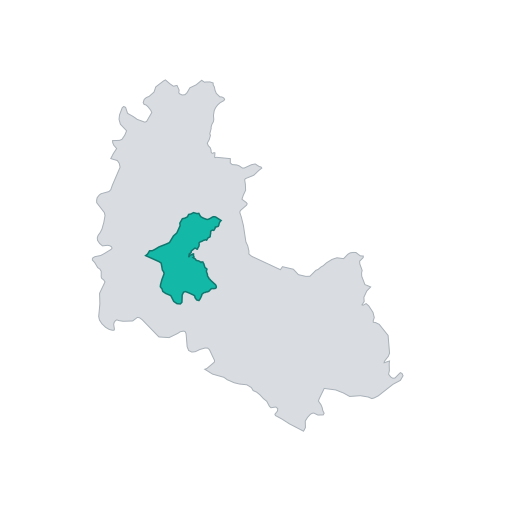 Guinea, with Kouroussa highlighted, rotated 205°
{"feature_id": "GIN-5647", "entity_name": "Kouroussa", "entity_type": "Prefecture", "adm_level": 1, "iso_a3": "GIN", "parent_name": "Guinea", "parent_adm1": "", "projection": "orthographic", "projection_center": [-10.311, 10.531], "detail": "fine", "context": "in_parent", "style": "filled", "palette": "teal", "viewbox_px": 512, "rotation_deg": 205, "n_neighbors": 0, "source": "natural_earth", "source_scale": "10m", "svg_char_len": 6993}
<svg xmlns="http://www.w3.org/2000/svg" viewBox="0 0 512 512"><g transform="rotate(205 256 256)"><path d="M309.4,330.6L305.5,330.0L303.8,330.8L298.7,336.8L295.6,339.1L290.8,338.4L289.1,338.8L287.9,338.1L289.6,334.8L292.1,328.3L298.3,321.7L298.5,320.3L295.9,316.4L293.2,311.2L293.2,305.5L292.7,301.5L287.2,300.3L286.1,299.6L286.0,298.2L289.1,291.2L289.4,289.8L289.0,288.5L285.6,284.9L280.3,278.3L271.2,264.6L267.8,261.7L264.5,257.5L263.3,254.8L259.9,253.9L228.1,253.9L227.5,257.5L216.5,259.8L209.7,257.0L202.2,258.6L198.6,260.4L195.7,268.3L194.1,270.0L192.4,273.6L191.0,275.5L189.3,279.5L185.7,285.0L181.9,288.6L175.5,290.6L173.5,296.4L172.0,298.6L169.5,300.3L166.9,301.4L161.6,300.2L158.7,301.3L158.2,299.8L159.9,295.1L158.6,292.7L153.7,287.8L153.2,285.4L151.7,282.4L145.2,276.1L139.0,276.4L140.8,271.2L140.8,264.2L138.7,260.4L139.3,256.5L138.1,256.7L136.1,259.4L132.8,258.5L126.1,254.3L122.8,250.2L122.4,246.8L121.7,245.5L119.6,246.2L115.4,246.1L102.7,239.8L93.9,224.4L93.7,221.0L95.1,215.0L94.8,213.4L90.6,217.3L89.8,214.7L86.7,208.5L85.9,204.9L82.8,203.3L80.4,203.0L78.5,204.1L75.9,211.3L74.0,211.2L72.1,209.6L72.6,204.3L77.6,197.7L86.1,180.9L89.1,177.1L90.9,175.7L94.8,175.6L102.4,173.5L111.7,168.3L118.8,168.8L127.2,168.3L138.2,164.8L138.4,153.4L138.1,150.9L134.2,148.6L132.0,146.6L130.1,144.1L127.8,142.3L127.9,140.4L132.7,138.0L137.2,138.1L138.6,137.2L139.8,135.6L141.1,131.5L141.6,127.2L138.7,121.4L138.9,117.3L154.9,118.0L163.7,119.2L170.9,119.6L172.0,120.6L171.0,124.5L171.8,126.9L174.3,127.5L178.3,124.8L180.4,125.5L184.9,128.9L189.0,129.9L193.6,131.8L197.9,132.9L201.7,132.8L204.6,134.8L209.9,135.4L216.8,133.0L222.2,131.9L229.8,131.7L233.8,132.5L245.4,130.6L254.6,131.7L253.1,133.1L248.9,142.2L249.4,143.8L258.7,151.5L260.9,152.1L263.4,151.0L267.4,147.5L270.6,143.6L273.6,141.8L277.1,141.9L280.0,144.6L286.5,156.0L288.2,157.5L289.8,157.4L292.7,155.3L294.2,152.8L300.3,145.3L309.8,141.6L332.3,150.2L335.6,150.8L337.6,150.2L340.3,145.0L348.8,140.7L352.9,139.5L355.2,139.3L356.1,137.9L356.5,135.8L356.0,133.7L353.4,129.9L353.3,128.7L354.8,128.0L358.0,127.4L362.2,127.8L366.9,129.4L370.8,131.8L373.0,134.7L377.3,146.7L382.0,156.1L381.9,168.7L384.0,170.0L386.3,170.5L387.4,171.5L389.8,176.7L392.0,178.2L394.6,178.6L399.4,181.9L402.6,183.2L403.1,184.2L403.0,185.5L401.7,187.3L397.0,190.8L394.7,193.8L390.0,201.0L389.8,202.3L390.9,203.3L392.8,203.5L395.0,203.0L399.4,200.3L402.9,201.2L406.2,203.2L407.5,205.3L407.8,208.0L407.1,211.5L407.0,215.4L408.1,222.1L409.9,228.8L411.7,231.2L422.9,237.0L424.0,239.2L424.6,241.7L423.8,245.1L422.7,247.0L416.5,252.3L415.6,254.7L416.1,259.4L416.7,279.0L419.1,282.2L422.0,283.9L428.8,282.9L428.6,288.4L427.7,294.5L431.7,296.3L433.7,298.1L434.8,299.9L428.6,303.1L426.8,305.0L426.0,310.1L426.2,314.8L434.6,318.1L437.9,322.0L439.3,326.1L439.9,333.8L439.1,335.6L437.0,335.6L432.7,331.0L426.2,330.5L421.4,329.6L413.3,330.3L412.0,331.7L411.1,342.0L413.1,343.7L416.9,345.6L419.4,346.4L421.5,346.1L423.1,347.4L423.5,350.7L422.4,353.2L420.3,355.5L417.7,361.5L418.3,366.9L413.8,375.6L412.5,377.3L406.5,375.6L402.5,375.0L399.7,377.2L395.8,373.9L395.0,371.3L393.6,370.7L391.0,370.7L388.5,372.2L387.5,374.9L387.0,380.5L382.6,385.8L379.5,392.3L375.9,391.7L375.1,392.5L371.3,394.3L368.0,394.7L367.1,393.0L365.2,391.6L363.1,388.8L360.7,386.6L356.0,385.0L354.2,385.7L352.0,385.6L350.6,384.7L350.8,383.3L353.2,379.9L354.6,376.8L355.3,373.3L355.3,370.1L354.0,365.5L351.9,361.8L351.4,359.7L351.6,356.7L351.2,353.9L350.5,352.5L349.5,347.1L348.3,346.2L347.6,341.9L347.8,337.6L346.0,335.9L343.1,334.7L341.5,333.0L340.5,331.1L339.4,330.6L338.6,330.7L337.8,331.9L336.8,332.1L335.2,328.0L334.5,327.9L333.4,328.8L320.4,333.4L318.7,329.5L316.2,328.8L311.9,330.4L309.4,330.6Z" fill="#d9dde1" stroke="#a8b0b8" stroke-width="1"/><path d="M325.8,270.5L323.9,269.0L322.5,268.3L322.0,268.2L319.3,268.1L316.8,268.3L316.0,268.4L315.4,268.6L315.2,268.7L315.1,268.8L314.5,269.4L313.2,271.0L312.1,272.7L311.6,273.3L311.3,273.5L310.9,273.8L310.0,274.1L309.5,274.2L309.0,274.3L302.6,273.4L303.0,272.3L303.2,271.0L303.2,270.3L302.7,267.8L302.8,267.3L302.8,266.9L303.0,266.7L303.3,266.4L303.8,266.1L304.2,265.6L304.4,265.4L305.0,265.2L305.2,264.8L305.1,264.6L304.9,264.4L304.8,264.2L304.8,263.7L304.9,262.1L305.0,261.6L305.2,261.3L305.5,261.2L306.1,261.2L306.4,261.1L306.6,260.9L307.3,259.8L307.4,259.4L307.4,259.1L307.4,258.8L307.1,258.3L306.9,257.8L306.7,257.4L306.6,257.2L306.4,256.2L306.4,255.9L305.9,254.8L305.8,254.3L305.8,254.0L305.8,253.8L306.0,253.6L306.2,253.2L306.6,252.9L306.9,252.6L307.1,252.0L307.2,251.6L307.3,251.2L307.3,250.0L307.4,249.7L307.5,249.4L307.8,249.4L308.3,249.4L308.5,249.4L308.8,249.3L309.0,249.1L309.3,248.8L309.4,248.6L309.6,248.4L310.2,248.0L311.3,246.3L311.5,246.1L311.9,245.9L312.2,245.6L312.5,245.2L313.0,244.4L313.1,244.0L313.1,243.6L313.0,243.4L312.7,243.0L312.6,242.8L312.3,242.3L312.1,241.5L312.0,241.2L311.9,240.9L311.9,240.4L312.1,238.9L312.1,238.4L312.0,238.0L312.0,237.6L312.1,237.3L312.3,237.2L313.4,237.4L314.0,237.5L314.3,237.4L314.7,237.3L315.0,236.8L316.6,233.5L316.8,233.0L316.7,232.8L316.6,232.6L316.4,232.3L316.3,232.0L316.3,231.5L316.4,231.1L316.7,230.8L316.9,230.5L317.3,229.8L317.4,229.5L317.3,229.2L317.2,229.0L317.0,228.8L317.0,228.6L316.8,227.2L316.6,227.0L316.2,227.3L316.2,228.1L316.1,229.0L315.7,229.3L314.6,230.2L314.2,230.4L314.0,230.6L314.0,230.9L314.0,231.3L313.5,231.5L313.4,231.3L313.0,230.3L312.8,229.9L311.8,229.0L311.7,228.5L312.3,228.0L311.6,227.8L310.3,227.8L309.6,227.6L309.0,227.3L308.7,226.9L308.3,226.8L306.4,227.2L306.0,227.3L305.0,227.3L303.6,227.1L303.1,226.9L302.9,227.4L302.7,227.7L302.3,227.9L301.9,228.0L301.5,228.1L300.8,227.3L300.5,227.2L300.0,226.9L297.7,224.3L297.4,224.1L297.1,223.9L296.7,223.8L295.6,223.7L295.3,223.6L295.1,223.5L294.9,223.3L294.8,223.0L294.7,222.7L294.8,222.2L294.7,221.8L294.6,221.4L294.3,220.9L293.7,220.2L292.4,219.0L292.3,218.8L291.6,217.6L291.4,217.4L291.2,217.1L289.9,216.5L289.7,216.4L289.2,215.7L288.7,215.5L288.0,215.4L287.7,215.3L287.5,215.2L287.1,214.9L280.4,212.8L279.8,212.3L279.4,211.9L279.0,211.4L278.8,210.9L278.7,210.4L278.9,210.0L279.1,209.5L280.4,208.6L281.1,208.3L281.6,208.1L282.2,207.9L282.5,207.6L282.8,207.1L283.2,206.0L283.6,204.6L283.8,204.2L284.0,203.9L284.7,203.1L284.8,203.0L285.3,202.8L285.6,202.6L285.9,202.4L286.2,201.9L286.7,201.4L287.1,201.2L287.4,201.0L287.7,200.7L288.0,200.2L288.8,198.4L288.9,198.0L288.5,197.3L288.5,193.6L288.9,191.5L291.2,191.1L293.7,192.5L294.5,193.8L296.1,194.2L300.7,194.2L304.8,194.0L306.4,192.6L306.4,189.4L303.6,182.8L304.3,180.6L307.5,179.4L311.4,180.1L316.5,184.1L322.0,183.9L325.5,184.5L327.1,186.3L329.7,187.7L330.4,189.7L331.3,194.8L331.8,201.1L333.0,202.6L334.9,203.7L336.7,206.3L339.0,209.5L341.5,209.9L356.2,209.7L355.1,211.9L354.9,213.5L354.7,215.7L352.2,217.0L350.4,219.3L347.8,223.2L342.5,228.8L340.1,231.6L339.3,239.3L337.5,243.4L337.6,251.4L338.9,253.6L338.5,258.7L336.5,260.2L334.7,262.5L334.6,265.2L332.8,266.5L331.0,268.9L327.4,269.5L325.8,270.5Z" fill="#14b8a6" stroke="#0f766e" stroke-width="1.5"/></g></svg>